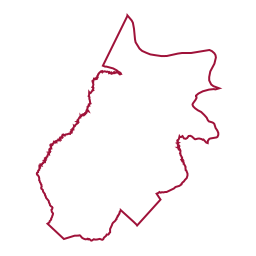 Baradero, Buenos Aires, Argentina
{"feature_id": "61730980B8735430115634", "entity_name": "Baradero", "entity_type": "district", "adm_level": 2, "iso_a3": "ARG", "parent_name": "Argentina", "parent_adm1": "Buenos Aires", "projection": "natural_earth1", "projection_center": [-59.554, -33.906], "detail": "fine", "context": "isolated", "style": "outline", "palette": "rose", "viewbox_px": 256, "rotation_deg": 0, "n_neighbors": 0, "source": "geoboundaries", "source_scale": "gbopen_adm2", "svg_char_len": 5720}
<svg xmlns="http://www.w3.org/2000/svg" viewBox="0 0 256 256"><path d="M185.4,166.4L185.2,166.2L184.0,163.9L183.6,163.8L183.7,162.4L183.4,162.2L183.3,161.8L182.5,161.6L181.5,159.9L182.8,159.8L181.9,158.6L182.1,157.4L181.5,156.9L181.0,155.5L180.6,155.2L180.4,153.7L180.1,153.5L180.4,153.0L180.2,152.5L180.5,151.0L180.2,150.2L179.5,149.9L179.9,149.3L179.6,148.9L178.7,149.0L178.7,148.7L179.1,148.3L179.0,148.0L178.2,148.0L177.9,147.8L178.9,147.8L178.6,147.2L179.0,146.8L178.6,146.3L178.9,146.2L179.3,146.4L179.4,146.1L179.2,145.7L178.3,145.9L178.5,145.3L178.1,145.2L177.7,144.7L178.0,143.6L177.2,143.1L178.5,142.6L177.7,142.2L177.8,141.7L177.3,141.1L177.3,140.5L177.6,140.1L178.3,139.9L178.9,138.9L179.5,136.4L179.8,136.9L181.0,137.1L182.5,136.1L183.9,138.4L185.7,138.8L187.2,138.0L188.6,136.0L190.4,135.8L192.0,136.6L194.7,139.1L195.6,139.2L197.9,138.6L199.2,138.5L201.6,139.1L202.7,139.8L203.5,139.5L206.3,142.6L207.7,143.1L207.9,140.7L209.3,138.9L210.3,138.5L216.6,137.4L217.5,136.8L218.3,134.9L218.3,132.9L217.3,130.5L215.6,128.0L214.3,123.9L213.3,122.9L212.0,122.3L208.9,121.4L207.8,120.1L206.7,117.7L204.3,115.0L201.2,112.0L197.9,110.3L195.1,108.3L193.2,106.4L192.5,104.7L192.7,103.9L193.3,102.9L195.5,99.9L196.5,98.0L196.5,97.0L196.0,96.5L196.0,95.6L198.5,93.5L202.8,91.3L209.0,89.6L213.7,89.1L215.5,89.4L219.2,88.3L213.5,86.2L211.2,84.5L209.2,80.4L209.2,77.0L210.3,71.4L214.4,63.7L215.9,57.5L215.5,55.2L214.4,53.3L211.9,51.1L209.4,50.0L191.1,53.0L182.0,53.0L177.8,53.6L166.8,56.0L161.6,56.1L155.3,55.2L150.3,54.4L146.3,52.8L142.1,50.9L139.5,48.6L135.6,42.3L135.0,39.3L134.0,28.8L132.9,22.8L131.7,20.5L127.4,15.4L127.3,16.1L102.9,65.7L105.1,66.6L106.4,66.6L113.1,68.4L116.8,70.4L118.2,71.6L119.9,72.5L120.7,73.2L121.0,73.9L120.6,73.9L120.2,74.3L119.6,74.3L118.3,72.7L117.0,72.6L116.6,72.2L115.7,72.7L114.9,72.2L114.6,72.9L113.8,72.5L113.6,73.2L112.9,73.1L112.0,73.6L111.6,72.8L111.1,73.3L110.7,72.6L109.8,73.0L109.4,72.3L108.9,72.8L108.6,72.0L107.2,71.6L106.6,71.9L104.7,71.3L103.4,71.7L102.5,71.2L102.1,72.2L101.1,71.3L99.2,72.9L98.7,73.9L98.1,74.3L98.1,75.0L97.3,76.1L97.7,77.0L97.1,77.3L97.2,77.8L96.7,78.0L96.9,78.8L96.4,79.0L95.9,78.2L95.1,79.1L94.5,78.6L94.0,78.6L94.0,79.6L92.6,80.9L93.1,81.2L92.9,81.7L93.2,82.0L92.8,82.4L93.4,84.3L93.0,86.4L92.4,87.2L93.4,87.8L93.3,88.7L92.8,89.4L93.3,90.2L92.2,90.8L90.6,93.0L89.8,93.2L89.2,92.3L89.1,95.1L88.6,96.2L89.5,97.2L89.3,98.9L89.7,99.7L90.1,102.6L90.5,103.5L88.9,104.3L89.2,105.6L88.5,105.5L87.9,107.0L87.5,107.1L87.6,107.8L87.0,109.9L88.1,110.5L88.4,111.1L87.5,110.6L86.6,110.4L86.5,110.7L87.1,111.0L86.4,111.2L86.2,111.6L86.6,112.6L86.4,112.8L86.1,112.2L85.8,112.8L85.1,113.0L85.1,114.1L84.7,114.0L84.4,114.5L84.0,114.0L83.7,114.1L84.0,114.9L83.6,115.4L82.9,115.3L82.6,114.5L82.0,114.8L81.7,115.6L81.0,115.7L81.0,116.4L80.8,116.5L80.5,116.0L80.5,116.3L80.1,116.7L80.2,117.5L79.4,117.5L78.2,119.6L77.7,120.0L77.8,120.2L78.8,120.1L77.6,120.8L78.3,121.9L77.9,122.0L77.5,121.7L77.0,121.8L77.7,122.2L77.9,123.0L75.4,124.9L74.8,126.2L74.5,126.3L74.1,126.0L74.2,126.5L73.1,128.2L73.4,128.6L73.4,129.3L73.0,129.2L72.7,129.5L72.3,129.4L72.3,130.1L71.5,130.2L71.9,130.9L71.1,131.4L71.5,131.7L71.2,132.1L71.7,132.6L71.6,132.8L70.6,132.8L69.9,133.4L69.9,133.9L68.6,133.7L67.6,134.2L65.7,134.5L65.0,135.1L64.8,135.5L63.5,134.5L62.7,134.7L62.9,135.5L62.1,136.0L62.6,137.4L62.3,137.7L61.7,137.2L60.9,137.3L61.1,137.7L60.4,137.8L60.6,139.5L59.9,139.2L59.8,139.8L59.5,139.4L59.3,140.2L59.1,140.3L58.8,139.6L58.4,139.6L58.5,140.2L57.5,140.4L56.6,140.9L56.5,142.0L55.8,141.5L55.4,142.6L54.3,142.6L54.4,141.7L54.0,141.6L53.2,143.7L51.9,144.2L52.5,144.4L52.4,145.0L51.8,145.3L50.8,144.7L50.5,145.4L51.6,145.6L50.9,146.5L51.3,148.4L50.6,148.4L50.6,148.9L50.2,149.3L49.6,149.0L49.3,149.3L49.3,150.0L50.0,151.0L49.5,151.1L49.8,152.1L48.8,152.3L49.2,152.5L48.8,153.0L49.0,153.3L48.6,153.6L48.9,153.8L49.0,154.4L48.7,154.3L47.8,154.9L47.4,155.6L47.4,156.6L45.6,157.8L46.1,158.0L46.2,158.5L45.4,158.6L44.8,159.3L44.8,159.5L45.3,159.5L45.7,160.1L45.5,160.3L45.2,160.0L45.2,160.5L44.6,160.6L45.1,160.9L45.0,161.8L44.3,161.4L44.0,162.3L43.2,162.5L43.2,163.1L42.6,163.3L42.2,164.1L40.9,164.3L41.2,164.7L40.5,165.0L41.1,165.3L41.3,165.6L40.3,165.5L40.0,166.5L39.4,166.4L39.4,167.2L39.9,167.6L39.8,167.8L40.0,168.0L39.4,168.6L39.2,169.9L38.7,170.1L38.2,170.7L38.1,172.2L37.1,172.7L36.8,173.8L37.1,174.7L38.0,175.3L39.0,177.1L39.3,179.0L39.1,180.1L39.6,180.7L40.0,182.3L40.7,183.2L40.9,184.1L41.5,184.9L41.4,185.7L41.7,186.7L41.2,187.5L41.3,188.6L42.8,189.9L43.1,191.6L45.0,194.2L44.9,194.8L45.2,195.7L45.7,196.1L46.0,197.7L48.7,200.9L49.0,202.6L49.7,203.7L50.0,205.2L50.9,206.2L52.1,207.0L52.5,207.7L52.1,209.1L51.4,209.9L51.9,211.9L53.0,213.4L52.8,214.9L52.4,215.5L52.0,217.1L51.1,218.7L51.2,219.4L50.5,220.4L49.7,221.1L49.4,222.4L47.5,223.7L63.9,239.0L74.6,235.7L78.5,235.6L79.3,235.3L80.1,235.5L82.2,237.9L83.9,238.8L85.4,239.3L87.1,239.1L87.9,239.3L87.9,238.8L89.5,239.1L90.8,240.4L91.7,240.6L93.9,239.2L94.9,239.6L97.1,239.5L99.7,238.9L102.2,239.8L103.2,239.3L104.0,237.6L106.1,235.8L106.7,234.5L108.2,234.6L108.8,234.1L109.1,233.2L110.1,232.4L110.1,229.0L111.9,225.2L112.4,223.7L113.1,222.7L114.7,221.3L115.6,220.4L115.9,219.5L116.5,219.2L116.5,218.5L117.2,217.2L117.8,216.5L117.6,216.2L117.9,215.5L118.9,214.7L119.0,214.0L119.5,213.6L119.6,212.1L120.0,211.8L120.4,210.8L120.8,210.7L120.8,210.2L133.5,221.7L136.4,224.5L137.1,225.5L160.5,199.6L156.6,193.7L158.8,192.7L159.4,192.0L160.8,192.7L161.9,192.2L163.3,192.4L165.2,192.0L166.6,192.0L173.9,188.5L175.5,187.0L179.3,185.9L181.5,184.4L181.4,183.9L182.7,182.3L183.8,181.5L185.0,179.8L186.7,178.1L187.5,175.5L187.5,173.6L186.3,170.5L185.7,170.2L185.4,167.7L185.6,167.2L185.4,166.4Z" fill="none" stroke="#9f1239" stroke-width="2"/></svg>